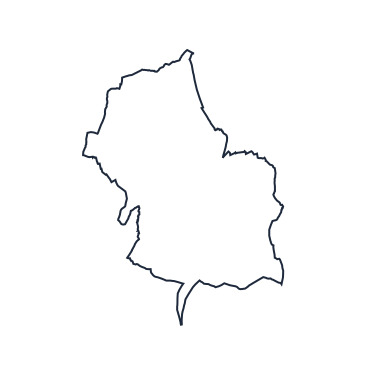 Berghin, Alba, Romania (Robinson projection), rotated 303°
{"feature_id": "2599482B3025623586647", "entity_name": "Berghin", "entity_type": "district", "adm_level": 2, "iso_a3": "ROU", "parent_name": "Romania", "parent_adm1": "Alba", "projection": "robinson", "projection_center": [23.723, 46.065], "detail": "fine", "context": "isolated", "style": "outline", "palette": "slate", "viewbox_px": 384, "rotation_deg": 303, "n_neighbors": 0, "source": "geoboundaries", "source_scale": "gbopen_adm2", "svg_char_len": 6010}
<svg xmlns="http://www.w3.org/2000/svg" viewBox="0 0 384 384"><g transform="rotate(303 192 192)"><path d="M169.7,314.9L171.5,313.9L175.6,311.4L176.1,310.9L176.7,310.1L178.1,308.7L179.3,307.8L180.0,307.0L183.2,302.6L183.4,302.0L183.5,301.5L183.4,301.4L182.1,300.1L182.1,297.4L182.0,297.2L184.5,295.3L187.3,292.6L189.7,290.5L191.1,289.6L191.6,289.4L191.4,287.8L191.6,287.2L192.5,285.9L194.1,284.0L197.4,280.6L202.5,277.3L207.3,276.1L211.5,275.3L211.7,275.5L212.7,276.3L213.1,276.7L213.2,277.0L214.7,278.1L215.7,278.3L217.4,278.0L219.2,278.2L220.9,277.9L223.5,277.8L225.6,276.8L225.8,277.0L227.5,276.3L227.8,276.8L229.5,276.3L230.3,274.5L229.6,274.0L229.5,273.2L230.7,271.6L230.9,271.0L231.1,267.9L231.8,265.9L231.9,265.3L233.4,262.5L234.4,261.5L235.2,261.6L236.5,261.2L237.7,261.2L238.2,260.7L238.5,260.7L240.9,259.1L241.6,258.7L244.8,256.1L246.7,255.1L248.2,254.0L249.3,253.9L251.9,252.4L252.8,252.1L253.6,251.5L257.1,248.4L257.0,246.7L257.9,245.7L258.1,244.8L257.4,242.4L258.4,238.0L258.2,236.9L258.7,236.7L259.1,236.3L259.8,235.1L260.2,234.2L259.7,234.1L258.5,232.9L258.2,231.6L257.3,230.4L256.7,229.3L256.7,228.6L256.6,228.4L259.6,225.6L258.5,224.8L257.2,223.6L258.4,220.8L258.5,219.6L253.2,216.5L254.0,215.7L254.6,215.5L254.7,214.5L254.9,214.3L254.9,214.0L254.3,214.2L249.5,208.6L248.2,207.6L248.8,206.8L247.6,206.4L243.8,204.0L244.9,203.1L245.5,202.4L245.8,200.5L238.6,199.2L237.4,199.3L239.0,198.6L241.1,197.9L244.2,197.0L248.2,195.7L250.7,194.6L253.9,193.5L256.8,191.8L258.3,190.1L258.5,188.7L258.4,187.4L258.5,186.1L259.5,184.8L259.5,184.6L259.3,184.2L260.1,183.1L260.3,182.6L260.3,182.2L259.0,181.5L259.0,181.3L259.5,180.4L259.5,180.1L259.2,179.5L259.0,178.8L258.7,178.7L257.8,178.9L257.6,178.8L257.1,178.2L256.5,177.9L256.5,177.6L256.7,177.1L257.0,176.7L257.6,176.4L259.8,170.4L260.8,168.9L261.9,166.2L263.3,163.7L267.0,155.5L267.6,154.3L268.9,155.3L274.7,147.5L280.5,140.3L287.2,133.3L291.3,129.5L292.7,127.9L298.3,122.7L299.5,121.2L301.4,118.7L301.8,117.7L303.1,117.7L307.2,116.7L308.1,117.0L309.3,118.1L309.0,117.2L308.4,110.6L307.1,110.2L305.6,109.9L304.9,109.7L302.2,109.5L300.6,109.2L299.2,109.5L298.1,109.4L297.0,109.5L296.4,109.8L295.9,109.8L295.2,109.5L293.4,107.8L291.2,106.2L291.1,105.4L290.9,105.1L289.1,104.4L286.5,103.6L286.1,103.3L286.0,102.5L285.4,100.8L285.0,100.1L284.0,99.7L283.3,99.6L282.3,99.8L281.2,99.7L280.7,99.5L280.2,98.9L278.8,98.0L277.7,97.6L276.1,97.7L273.7,97.0L272.8,95.1L273.1,94.6L273.0,94.2L272.5,93.8L272.4,93.2L271.7,92.3L271.6,91.9L271.1,91.1L270.8,89.6L270.0,89.0L269.8,88.1L268.8,86.3L268.4,85.3L268.1,85.0L267.8,84.6L267.5,83.5L266.2,83.0L257.2,77.7L256.9,77.2L255.4,75.6L254.0,74.5L253.3,73.8L249.9,71.1L247.4,72.6L246.4,73.1L243.7,74.1L243.3,73.2L241.9,74.1L239.0,74.9L238.4,73.0L237.9,72.2L237.3,72.0L234.9,68.4L234.1,67.8L230.7,66.7L229.9,66.9L227.4,67.9L225.6,69.3L224.7,69.4L223.5,70.0L222.0,71.6L220.7,72.3L220.5,72.5L220.0,72.7L219.4,72.7L218.2,73.1L217.1,74.0L214.3,74.1L211.5,75.5L210.5,76.4L206.8,77.7L202.0,78.7L198.8,79.1L190.1,81.0L189.4,81.0L188.5,77.4L187.2,74.6L184.7,72.1L178.7,74.5L175.9,76.5L175.5,76.5L174.5,77.3L173.1,77.4L171.9,78.2L170.6,78.2L166.4,79.0L163.6,80.6L163.9,81.1L164.7,85.1L164.9,85.9L165.5,87.2L167.5,89.5L166.9,90.1L167.5,90.2L167.9,90.7L168.0,91.3L167.8,92.0L168.1,92.2L168.1,92.5L168.5,92.6L168.2,93.3L167.8,93.5L167.7,93.7L165.6,95.9L165.4,96.7L164.5,97.3L164.4,97.7L164.3,97.9L164.4,98.1L165.5,99.1L161.7,102.9L162.2,103.4L159.9,105.9L159.5,110.1L159.5,110.4L160.2,110.7L158.6,114.6L158.5,115.1L158.0,116.3L156.4,119.1L160.4,121.2L160.1,121.5L158.5,123.5L157.2,125.7L156.8,126.8L156.3,134.3L156.3,135.0L156.1,135.9L155.1,137.1L151.1,140.9L150.8,141.1L146.6,142.5L144.1,143.6L143.6,143.7L142.9,143.6L140.7,142.7L139.5,142.3L138.6,142.2L137.7,142.3L137.0,142.5L133.7,143.9L130.6,144.7L129.8,144.7L129.0,145.0L128.2,145.4L127.9,147.4L126.7,150.0L126.8,151.0L127.3,152.1L128.5,153.4L135.3,153.0L136.9,152.4L138.5,152.4L140.6,151.9L141.9,151.3L142.4,151.3L142.9,151.0L143.6,151.5L144.7,152.1L145.5,152.3L146.9,152.8L147.7,152.9L148.2,153.5L150.0,154.2L150.7,154.7L150.2,155.5L150.2,155.8L150.5,155.8L149.9,156.6L149.4,156.9L146.9,157.4L146.5,157.8L146.5,158.7L145.7,159.2L144.7,160.0L144.2,160.1L143.2,159.7L142.5,159.9L142.6,160.1L141.7,160.7L141.2,160.8L141.0,161.1L140.1,161.4L139.3,162.0L139.1,161.9L138.6,162.1L138.8,161.7L138.7,161.6L138.3,161.9L137.9,162.0L138.2,162.2L138.1,162.4L137.6,162.4L137.4,162.2L136.4,162.6L136.3,162.8L135.7,163.4L133.6,165.6L132.6,166.3L131.8,166.4L131.3,166.7L130.6,167.7L130.2,167.7L130.4,167.9L128.7,170.0L128.1,169.7L127.9,170.0L127.4,170.2L125.1,170.7L124.8,171.0L124.4,171.8L124.0,172.8L123.5,173.3L120.6,172.5L117.4,172.5L115.6,172.9L110.5,173.3L110.3,173.5L105.5,173.6L101.5,173.5L101.6,174.3L102.6,176.2L101.7,177.0L101.2,178.2L101.5,178.2L101.4,180.0L99.8,182.0L100.6,184.3L101.4,184.8L101.8,185.8L101.6,188.3L101.8,190.2L102.6,193.9L102.5,195.3L102.9,196.2L103.6,197.6L104.8,199.3L102.7,201.0L102.0,201.8L101.6,203.2L101.1,204.5L100.8,206.3L100.9,207.2L101.8,209.7L102.7,213.2L103.5,217.3L103.6,218.3L103.9,219.0L105.9,222.1L106.5,223.5L107.6,225.6L108.8,229.3L110.1,233.8L110.4,234.6L107.9,234.5L103.2,234.7L99.2,235.3L94.8,237.8L89.9,240.9L87.2,242.3L86.3,243.0L85.3,243.5L80.0,249.6L76.6,253.3L75.4,254.2L74.7,255.0L75.3,255.6L79.1,253.0L83.8,250.4L85.6,249.6L87.2,249.0L89.7,248.3L92.7,247.1L94.6,246.6L98.3,245.0L104.1,244.7L112.6,244.6L116.2,245.1L121.9,246.5L121.7,248.5L121.9,249.8L121.6,252.0L123.0,254.8L123.5,255.4L123.8,256.4L123.8,257.5L124.1,259.1L125.1,262.3L124.9,263.0L125.0,263.7L126.4,264.8L127.5,265.8L129.8,267.3L133.0,268.8L134.5,274.7L136.7,280.1L136.9,281.6L136.5,283.5L136.5,284.5L136.7,285.1L137.0,285.7L138.4,287.4L138.7,287.7L139.6,288.8L140.2,289.3L143.0,290.4L144.1,290.6L144.9,290.9L150.6,293.7L159.4,298.1L160.3,300.7L160.4,301.8L160.9,303.2L162.3,305.0L162.2,305.8L162.2,306.7L162.5,307.5L163.0,312.8L163.2,314.1L163.5,314.8L163.9,315.4L163.9,315.8L163.7,316.6L163.4,317.3L169.7,314.9Z" fill="none" stroke="#1e293b" stroke-width="2"/></g></svg>